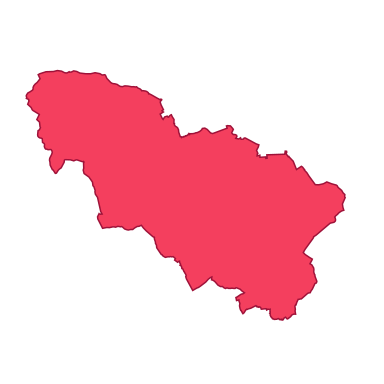 outline of Ceica, Bihor, Romania, rotated 262°
{"feature_id": "2599482B26005184493765", "entity_name": "Ceica", "entity_type": "district", "adm_level": 2, "iso_a3": "ROU", "parent_name": "Romania", "parent_adm1": "Bihor", "projection": "orthographic", "projection_center": [22.182, 46.874], "detail": "fine", "context": "isolated", "style": "filled", "palette": "rose", "viewbox_px": 384, "rotation_deg": 262, "n_neighbors": 0, "source": "geoboundaries", "source_scale": "gbopen_adm2", "svg_char_len": 5917}
<svg xmlns="http://www.w3.org/2000/svg" viewBox="0 0 384 384"><g transform="rotate(262 192 192)"><path d="M219.5,290.0L216.5,289.1L218.4,271.3L215.0,271.1L215.0,269.8L216.5,269.7L216.9,264.1L219.0,264.3L218.7,261.5L220.7,262.0L221.1,262.6L224.2,261.7L227.3,263.9L229.4,264.8L230.7,262.3L238.0,252.4L238.2,251.2L237.3,250.3L237.2,249.9L237.4,248.0L237.7,247.7L238.9,247.6L238.0,245.6L239.0,242.8L240.7,244.2L241.9,244.1L242.7,243.1L243.1,241.7L243.1,241.0L244.5,239.8L245.3,239.6L246.7,240.7L247.4,240.8L247.9,241.6L248.9,241.4L252.1,239.3L252.8,236.3L252.6,235.3L250.3,235.7L247.0,220.6L247.9,218.6L251.8,215.8L253.5,213.6L253.5,211.1L252.2,210.2L250.8,207.9L250.4,206.3L250.1,205.9L250.1,204.0L249.7,202.4L249.7,200.6L250.0,198.0L249.2,197.6L249.5,197.1L249.4,196.7L250.0,196.7L248.7,195.3L248.6,193.6L248.2,193.6L248.1,192.0L247.8,191.6L248.1,191.2L247.9,190.8L247.7,190.9L247.8,190.0L247.4,189.4L248.1,189.2L248.5,188.4L248.3,188.3L248.4,188.1L253.0,187.2L255.5,187.3L257.5,186.7L258.5,185.9L259.4,184.7L261.0,183.9L262.3,184.2L262.5,183.6L266.3,184.3L269.3,182.9L271.4,182.3L271.3,181.8L270.5,180.3L269.4,179.3L269.6,178.6L270.6,178.0L270.1,175.3L267.9,173.5L269.0,172.8L273.6,171.3L275.2,174.8L276.0,173.9L276.7,173.6L277.4,175.2L282.6,173.5L285.4,173.0L286.3,173.5L287.5,174.9L287.9,174.8L288.3,174.1L287.9,173.6L287.9,173.2L288.1,173.1L288.2,172.5L288.7,172.2L289.4,171.1L293.8,165.4L295.4,163.1L295.3,162.7L296.4,162.6L297.8,161.2L298.4,160.1L299.2,157.5L299.2,156.3L300.0,156.0L301.3,154.9L302.6,152.8L303.9,151.8L303.9,150.4L304.4,149.0L304.6,147.0L305.8,143.3L306.4,140.5L306.4,139.7L306.0,138.0L306.4,136.1L307.0,135.0L309.0,132.8L309.9,130.6L310.3,129.0L310.8,127.9L311.7,126.8L316.3,123.5L319.8,122.5L320.3,121.8L320.3,119.9L320.5,119.1L322.0,117.3L323.6,112.6L323.2,107.9L323.9,103.2L325.4,97.5L327.4,94.6L328.4,91.7L327.6,89.2L327.7,87.4L328.2,87.1L327.4,85.1L327.4,83.8L328.0,82.2L329.8,79.7L331.0,75.6L330.6,71.5L331.4,64.2L330.3,57.7L329.6,56.0L325.3,57.3L322.0,53.9L320.7,51.7L319.2,50.1L317.7,49.2L316.2,49.0L315.1,48.3L313.8,45.6L312.9,43.2L311.2,41.7L310.2,41.2L308.5,41.5L307.7,41.0L306.4,43.1L304.6,43.1L301.7,41.5L298.0,44.5L295.7,45.2L294.9,45.8L290.1,51.6L285.3,48.4L282.5,50.7L277.7,50.6L276.8,50.9L274.8,49.5L274.2,48.1L270.1,47.1L268.8,47.1L267.7,47.7L266.8,48.7L266.2,50.4L265.7,51.1L261.9,50.9L260.6,52.3L259.6,52.6L257.7,52.1L256.3,52.3L254.9,53.0L254.6,54.3L253.9,55.3L253.8,57.6L253.6,58.3L252.3,59.0L250.5,59.1L248.7,58.2L245.2,55.8L243.4,55.3L241.3,55.5L238.3,55.3L233.6,56.8L233.0,57.6L229.5,59.2L229.4,59.7L229.6,60.4L232.3,62.7L233.2,64.0L234.1,65.8L239.2,69.5L241.3,70.1L241.7,70.8L240.8,76.0L239.3,79.3L239.8,81.0L239.9,82.4L237.2,87.8L237.4,88.8L236.7,89.2L235.6,88.6L230.7,88.1L228.8,87.3L225.3,87.7L221.2,92.0L215.7,94.8L212.0,94.8L210.8,95.6L207.0,96.3L205.7,95.9L203.3,96.0L199.8,97.7L185.3,98.9L182.7,99.9L182.7,98.3L183.0,98.0L183.0,97.1L183.4,96.9L180.6,95.0L178.4,95.0L168.5,98.4L168.7,102.7L168.2,105.3L168.5,108.7L168.3,110.0L167.8,111.5L168.3,113.7L168.1,114.6L167.5,116.3L167.6,117.4L166.9,118.4L164.8,120.1L163.8,122.0L163.2,123.6L163.4,126.1L163.1,128.1L164.4,130.2L165.5,132.9L165.4,134.8L166.1,137.2L163.1,138.9L159.8,141.3L153.7,146.6L152.8,147.5L152.6,148.3L152.3,148.5L150.9,148.2L147.7,148.8L146.1,148.7L144.4,149.4L141.7,149.3L134.5,152.8L134.2,153.1L134.1,153.6L132.6,154.4L131.0,156.5L131.2,159.3L130.9,160.6L131.1,161.2L131.0,161.8L130.6,162.9L130.6,164.4L128.4,166.3L127.0,165.3L124.4,168.0L125.3,169.6L125.3,170.0L123.6,170.0L122.1,170.7L121.2,169.9L120.2,171.1L119.3,171.2L119.0,171.4L117.6,171.3L117.1,172.2L114.2,173.0L114.1,173.3L112.6,173.7L111.4,174.3L109.8,174.6L109.1,174.0L106.7,174.4L94.4,179.0L96.2,183.4L96.6,185.2L97.8,187.6L100.9,193.1L103.3,195.9L104.7,198.4L105.1,199.8L102.3,199.1L102.0,200.0L101.0,201.3L99.8,202.4L96.2,204.7L94.5,206.9L94.3,207.4L94.2,209.0L92.8,210.2L91.8,211.7L92.2,213.2L91.5,214.7L91.2,216.4L91.2,218.2L90.6,220.3L90.5,221.3L91.1,222.3L90.9,222.9L89.0,226.2L87.2,227.5L84.9,229.9L84.1,228.3L84.0,226.6L83.6,225.7L81.8,222.1L81.4,220.8L78.3,221.0L78.6,223.4L77.6,223.3L75.1,223.9L72.6,223.2L69.6,223.4L68.0,223.8L67.8,224.2L66.9,224.4L66.5,224.8L65.8,224.8L64.4,225.5L65.2,226.8L67.8,228.9L68.3,229.9L68.0,230.1L68.1,230.5L68.4,231.5L68.7,234.0L70.6,239.5L70.1,239.9L69.8,239.9L69.7,240.4L69.3,240.3L68.7,241.8L69.0,241.8L69.0,242.4L68.4,243.6L67.8,244.0L66.3,244.3L66.2,247.8L66.1,249.0L65.8,249.7L65.4,249.7L65.2,249.4L64.7,249.5L65.3,250.9L65.2,251.8L64.9,252.3L65.0,253.1L62.7,252.6L62.6,252.8L61.4,252.6L61.1,252.1L60.4,252.5L59.1,252.3L57.2,252.9L56.9,253.3L55.2,254.1L55.2,254.7L54.4,255.6L54.2,258.4L54.6,259.2L54.6,260.0L54.3,260.1L54.0,260.8L53.5,260.9L53.5,261.9L53.3,261.7L53.0,262.5L53.3,263.4L52.7,263.5L52.6,263.9L52.8,264.5L54.4,265.7L55.0,267.2L53.1,268.5L53.0,269.1L55.0,272.6L55.8,273.1L56.3,273.8L56.8,275.2L56.9,275.9L56.6,277.6L60.0,277.5L61.3,278.0L64.6,278.0L66.0,279.0L65.8,279.3L68.3,280.5L70.9,282.2L70.8,282.5L71.0,284.6L70.9,285.4L75.5,292.4L75.8,293.4L75.8,295.0L77.6,296.2L79.0,297.6L84.2,301.0L84.5,301.7L84.5,302.3L85.5,303.0L86.2,303.2L91.2,302.1L93.1,302.1L93.5,301.8L95.8,301.4L98.2,301.9L99.9,301.9L103.2,300.5L104.5,298.8L107.7,301.2L108.8,301.8L110.8,299.3L114.4,295.3L116.5,293.8L116.9,294.0L119.5,296.0L128.8,305.0L130.0,306.0L130.8,306.2L131.9,308.7L141.9,324.5L142.2,328.2L142.5,328.9L143.3,329.9L144.4,330.3L146.4,330.2L147.3,329.8L148.5,331.1L149.8,333.3L150.2,333.5L151.2,335.0L152.4,337.5L152.8,339.8L155.8,339.3L159.2,339.3L165.1,342.9L165.5,342.6L166.6,342.6L168.2,343.0L170.1,341.5L172.8,340.4L176.2,337.3L177.9,336.7L178.7,336.0L180.7,331.4L183.2,326.9L182.0,323.7L181.8,322.6L181.5,318.5L182.1,315.1L191.8,309.9L195.0,308.5L197.7,306.6L198.2,306.3L198.4,306.6L201.3,304.9L202.2,303.9L199.7,298.6L208.4,296.5L213.0,293.2L213.8,292.8L213.5,292.2L216.9,290.5L218.2,291.4L219.2,291.3L219.5,290.0Z" fill="#f43f5e" stroke="#9f1239" stroke-width="1.5"/></g></svg>